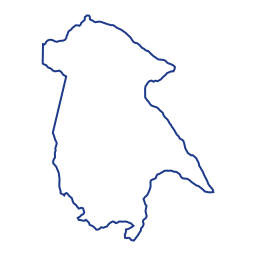 the district of Itabela, Bahia, Brazil
{"feature_id": "56859067B84732320584275", "entity_name": "Itabela", "entity_type": "district", "adm_level": 2, "iso_a3": "BRA", "parent_name": "Brazil", "parent_adm1": "Bahia", "projection": "robinson", "projection_center": [-39.521, -16.666], "detail": "fine", "context": "isolated", "style": "outline", "palette": "blue", "viewbox_px": 256, "rotation_deg": 0, "n_neighbors": 0, "source": "geoboundaries", "source_scale": "gbopen_adm2", "svg_char_len": 4037}
<svg xmlns="http://www.w3.org/2000/svg" viewBox="0 0 256 256"><path d="M42.7,63.5L44.2,64.5L46.4,65.3L47.4,66.8L48.5,67.7L50.4,68.3L51.7,69.3L52.8,70.5L54.7,71.3L57.2,71.1L59.2,70.6L60.8,71.6L62.0,72.9L63.0,74.6L64.8,75.7L66.2,76.5L53.1,131.5L52.9,133.3L53.8,135.2L54.6,137.8L55.2,139.9L56.2,141.5L56.7,143.5L56.1,145.8L55.3,148.3L55.6,150.6L54.9,152.7L54.9,155.1L55.0,157.5L53.8,159.3L53.2,161.0L53.2,163.3L54.3,164.5L56.3,166.8L57.6,170.1L58.6,172.3L59.0,174.8L59.5,179.0L59.3,186.3L59.9,189.0L60.6,191.0L60.6,193.2L61.8,193.9L63.1,194.4L64.2,195.4L65.0,193.8L66.5,193.0L67.8,194.1L69.1,195.8L70.4,196.9L71.9,198.3L72.6,200.9L73.6,203.2L75.6,204.6L76.7,205.9L77.8,207.5L78.9,208.6L81.1,207.8L83.0,208.3L83.8,210.8L84.2,212.6L83.2,214.2L81.5,215.0L80.0,216.6L77.7,217.9L78.8,219.9L80.4,220.1L82.4,220.5L84.4,220.8L85.9,219.8L87.4,221.1L88.9,222.7L89.7,224.9L92.1,225.8L93.6,226.7L94.9,228.0L96.3,229.6L98.0,229.6L99.8,228.6L101.2,227.2L103.4,227.8L105.2,227.0L107.1,226.4L108.5,224.3L110.7,222.5L112.6,221.5L114.4,221.9L115.7,223.1L117.4,222.7L119.2,221.5L121.1,221.5L122.5,221.7L124.1,221.6L125.7,221.5L127.5,222.0L128.9,222.7L130.7,223.2L133.5,225.8L132.0,227.0L130.4,227.8L129.2,228.6L127.7,229.1L126.0,229.5L125.9,231.3L125.7,233.0L124.9,234.3L124.9,236.0L125.1,237.9L126.6,238.1L128.3,237.8L129.7,238.2L131.2,240.0L133.8,240.6L135.1,239.0L136.2,237.5L137.9,235.3L139.3,232.9L140.8,230.6L141.0,228.4L142.4,227.0L143.2,225.5L143.7,223.8L142.9,221.8L143.3,220.1L144.5,219.1L146.0,217.9L146.7,216.1L146.2,214.2L145.6,211.9L145.7,209.7L146.2,207.6L146.5,205.8L145.5,204.6L144.9,203.2L144.3,201.0L143.5,199.2L144.6,197.5L145.8,196.3L147.1,195.2L148.2,193.1L149.2,190.8L150.2,188.1L150.6,186.1L150.5,184.1L150.5,182.0L150.9,180.4L152.4,179.6L154.1,179.0L155.8,178.1L156.3,176.4L157.3,174.5L159.6,173.8L161.5,172.6L162.9,171.9L164.2,170.9L165.6,170.7L167.5,170.7L169.4,170.8L171.2,170.6L172.9,171.3L174.4,171.8L175.8,171.8L177.2,172.4L178.8,173.5L180.0,174.6L180.7,176.4L182.4,178.2L184.6,178.6L187.2,178.8L189.3,180.0L190.6,181.2L191.9,182.3L193.6,183.5L195.2,184.6L196.6,185.6L198.1,185.8L199.3,186.7L200.8,187.8L202.8,189.5L204.9,191.5L207.5,192.1L209.2,192.3L211.2,192.3L213.3,192.1L213.0,190.0L211.6,188.1L210.0,186.3L208.6,184.6L207.7,182.3L206.8,180.1L205.9,178.5L205.2,177.0L204.3,175.4L203.5,173.4L202.5,171.1L201.2,169.1L200.4,167.5L199.2,165.9L198.9,163.8L198.2,161.9L197.1,160.1L196.2,158.1L194.4,156.6L192.8,155.2L191.1,155.3L189.3,154.0L187.9,153.1L186.8,151.1L185.8,149.4L185.0,147.3L184.5,144.7L184.0,142.8L183.3,140.8L181.7,139.5L179.9,138.6L178.6,136.3L176.8,134.6L175.6,132.5L174.2,130.0L173.0,128.2L171.7,126.5L171.1,125.1L169.8,123.6L168.9,122.0L167.9,120.1L166.4,118.5L165.0,117.3L163.7,115.5L162.8,112.9L161.2,111.4L160.0,110.5L158.4,108.6L156.4,107.2L154.1,106.5L152.0,105.8L150.6,104.7L149.6,103.4L148.8,102.1L147.8,100.9L146.6,99.5L145.2,97.4L145.1,88.7L145.5,86.3L146.6,84.8L147.7,82.9L149.3,81.2L151.6,80.6L153.6,81.7L154.9,80.8L156.3,80.8L157.7,81.2L159.4,80.2L160.9,79.4L162.1,78.0L163.3,76.8L164.4,75.9L165.9,74.5L167.0,73.1L168.3,72.6L169.6,72.0L171.5,71.3L173.5,71.3L174.6,69.0L174.9,67.0L173.7,65.6L172.1,64.9L170.8,64.1L169.0,63.6L167.1,62.6L166.1,61.4L164.9,60.4L163.1,59.9L160.4,59.6L158.3,59.4L157.0,58.5L155.6,57.5L153.7,56.3L151.5,54.4L149.9,52.7L148.1,51.0L146.4,50.7L145.2,49.9L143.9,48.7L142.1,47.9L140.3,45.9L139.0,44.6L137.1,43.2L135.2,42.9L133.4,41.8L131.9,39.7L130.6,37.6L129.2,36.2L127.5,34.7L126.5,33.7L125.2,32.5L123.2,31.2L121.3,29.8L119.4,28.9L117.8,28.2L116.6,27.6L115.0,26.3L113.2,25.2L111.5,25.2L108.6,24.5L103.9,22.9L102.0,22.2L99.8,21.6L97.6,21.8L95.7,22.2L94.0,21.7L93.0,20.8L91.6,20.2L89.9,19.3L89.9,17.4L89.2,15.7L87.1,15.4L84.9,17.1L84.7,19.8L82.8,21.6L81.3,22.9L80.5,24.8L79.4,25.8L77.5,25.3L75.5,25.4L73.9,26.8L72.5,27.8L70.9,29.8L68.8,31.1L67.9,32.8L67.5,34.5L66.6,36.2L66.3,38.0L65.0,39.8L63.5,40.5L61.7,40.8L59.5,40.9L57.2,41.8L55.0,41.4L52.3,40.0L50.0,39.7L48.2,40.2L46.4,41.6L45.5,43.4L44.3,44.5L43.0,44.1L42.7,63.5Z" fill="none" stroke="#1e3a8a" stroke-width="2"/></svg>